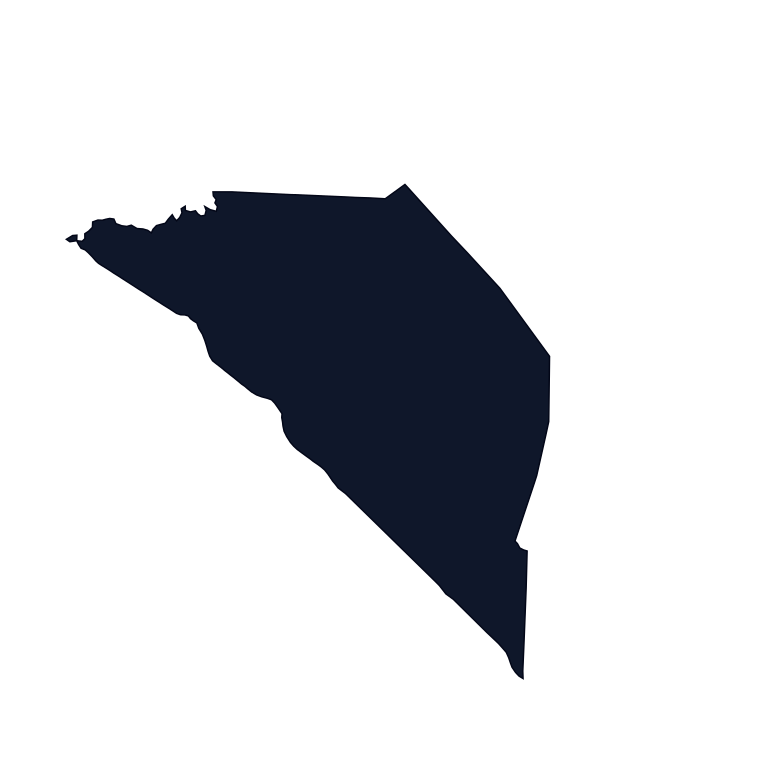 the district of Lajedinho, Bahia, Brazil, rotated 50°
{"feature_id": "56859067B60717499646951", "entity_name": "Lajedinho", "entity_type": "district", "adm_level": 2, "iso_a3": "BRA", "parent_name": "Brazil", "parent_adm1": "Bahia", "projection": "orthographic", "projection_center": [-41.04, -12.382], "detail": "fine", "context": "isolated", "style": "filled", "palette": "ink", "viewbox_px": 768, "rotation_deg": 50, "n_neighbors": 0, "source": "geoboundaries", "source_scale": "gbopen_adm2", "svg_char_len": 2184}
<svg xmlns="http://www.w3.org/2000/svg" viewBox="0 0 768 768"><g transform="rotate(50 384 384)"><path d="M344.0,483.9L348.0,486.2L351.3,488.4L356.0,490.9L361.7,492.3L368.7,493.2L373.7,493.1L378.4,492.5L384.3,491.1L389.6,489.8L394.3,488.6L397.8,487.9L402.7,486.5L407.2,485.4L411.6,484.7L416.9,484.8L421.6,485.3L425.3,485.7L429.2,485.7L434.2,485.9L438.7,484.9L443.1,483.9L566.0,471.8L574.0,471.1L584.6,471.5L593.4,469.3L640.4,464.9L656.1,463.1L662.0,462.9L668.1,462.8L673.8,464.4L678.9,466.4L683.4,468.0L689.5,468.6L694.6,468.3L699.0,466.8L693.1,462.2L673.1,443.9L631.6,406.2L603.9,381.7L600.9,383.7L596.9,385.4L592.1,384.4L588.5,384.6L556.7,332.9L552.3,325.9L527.3,293.1L518.7,282.0L469.2,239.4L385.3,233.7L337.6,235.8L314.0,237.2L248.6,239.5L244.6,239.7L242.9,264.0L232.4,275.2L222.8,285.9L216.1,293.1L182.2,330.1L179.5,333.2L138.8,377.3L126.9,391.5L130.2,393.8L134.9,394.0L136.6,397.1L141.0,397.5L143.9,401.5L138.7,405.1L132.9,407.2L136.7,408.6L139.7,412.8L137.5,416.4L133.8,417.3L130.1,417.1L127.8,421.6L123.4,424.6L120.0,422.0L119.4,426.7L123.0,428.7L125.1,433.4L125.7,437.9L122.2,438.1L118.2,437.4L119.1,443.3L120.3,448.2L118.3,452.3L116.4,456.5L117.0,461.4L118.7,465.1L114.3,466.3L110.3,469.0L106.1,473.3L99.9,475.5L98.0,479.7L94.2,483.2L88.8,486.3L84.0,484.9L80.9,487.7L79.0,491.2L77.5,494.5L74.5,497.8L72.6,503.0L76.6,506.7L77.1,512.1L76.6,516.6L80.4,519.7L80.7,523.5L76.7,527.3L81.0,528.3L85.3,528.8L89.2,526.7L93.4,526.1L99.0,525.7L104.5,525.6L108.1,525.1L111.7,524.0L117.7,522.0L121.9,520.7L125.5,519.7L130.3,518.1L135.9,516.4L141.3,514.7L145.8,513.3L154.3,510.7L158.2,509.4L163.8,507.7L169.1,506.1L173.9,504.6L182.2,502.0L187.0,500.4L192.5,498.7L196.5,497.5L200.1,495.4L203.1,492.1L206.1,490.1L209.6,490.2L213.1,489.4L216.9,488.1L222.4,490.1L229.1,491.1L235.4,493.2L241.2,495.6L245.8,497.7L250.7,499.6L256.0,500.4L261.4,499.3L266.7,498.1L271.4,497.3L275.0,496.5L278.6,495.8L282.2,495.0L287.5,494.0L292.6,493.1L296.2,492.1L299.9,491.5L305.1,490.5L310.5,488.6L315.2,485.9L320.0,482.5L323.8,480.3L328.3,480.0L333.4,480.4L341.2,481.2L344.0,483.9ZM76.7,527.3L72.6,523.6L70.1,527.1L69.0,534.3L73.1,533.2L76.7,527.3Z" fill="#0f172a" stroke="#020617" stroke-width="1.5"/></g></svg>